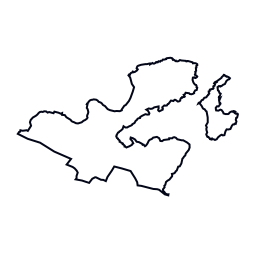 Hahake, Vava'u, Tonga, rotated 268°
{"feature_id": "48082658B99932543232342", "entity_name": "Hahake", "entity_type": "district", "adm_level": 2, "iso_a3": "TON", "parent_name": "Tonga", "parent_adm1": "Vava'u", "projection": "robinson", "projection_center": [-173.925, -18.614], "detail": "fine", "context": "isolated", "style": "outline", "palette": "ink", "viewbox_px": 256, "rotation_deg": 268, "n_neighbors": 0, "source": "geoboundaries", "source_scale": "gbopen_adm2", "svg_char_len": 6033}
<svg xmlns="http://www.w3.org/2000/svg" viewBox="0 0 256 256"><g transform="rotate(268 128 128)"><path d="M60.3,166.1L60.3,164.9L61.2,163.1L63.1,161.9L63.5,161.0L65.5,160.8L67.5,162.5L69.0,162.3L69.9,163.3L72.7,164.1L74.0,165.7L75.0,167.6L78.2,170.4L79.5,170.5L80.6,170.3L80.9,172.1L81.9,173.6L82.9,174.0L83.9,175.3L87.6,176.8L87.9,178.4L90.7,180.1L95.4,181.3L96.5,182.4L97.4,182.9L98.6,184.3L100.4,184.8L103.9,187.9L106.3,188.9L109.4,188.9L111.5,186.5L113.8,182.7L113.8,181.4L115.0,176.9L116.5,175.6L117.2,174.0L117.0,172.8L116.2,171.9L116.3,168.8L115.3,168.7L114.8,163.3L113.7,161.6L113.9,159.9L116.7,158.8L118.1,156.6L117.5,152.8L116.2,151.4L115.4,149.2L114.3,148.2L111.8,146.9L109.9,145.4L109.2,144.3L110.9,143.0L110.7,142.0L111.7,141.5L113.5,138.4L114.0,136.1L116.2,134.7L117.6,132.6L118.4,130.4L116.9,130.0L114.9,131.7L112.4,132.7L111.8,131.7L111.0,131.3L109.7,128.8L108.6,125.7L109.3,124.9L109.6,123.9L110.4,124.1L111.4,123.1L112.0,122.1L112.7,122.3L114.6,119.1L115.5,119.3L116.0,119.0L117.1,117.7L117.8,117.6L118.4,116.6L120.0,116.0L120.6,116.4L121.1,116.2L123.8,117.9L124.1,118.8L124.9,119.3L125.4,120.4L127.1,122.5L129.9,123.6L128.6,125.4L128.6,127.3L129.3,128.5L130.7,131.9L131.6,132.4L132.8,134.7L134.9,135.9L135.7,137.1L136.9,137.9L137.3,138.8L137.6,140.4L138.5,140.5L139.7,142.5L141.2,145.9L140.7,147.7L140.8,149.4L142.0,149.9L144.6,148.5L145.7,147.0L146.8,149.4L146.3,151.5L146.6,153.2L147.7,154.9L148.5,159.3L146.5,159.3L144.9,158.7L144.1,159.2L143.6,159.9L145.1,163.3L146.1,163.5L146.8,163.0L147.5,163.0L149.3,165.1L149.0,166.5L149.2,167.7L150.5,168.5L150.6,169.2L153.9,171.9L153.4,174.3L153.7,174.4L154.6,175.8L154.4,176.5L152.7,178.7L152.8,179.8L153.5,181.1L154.8,181.3L156.0,181.9L156.3,183.1L156.9,183.1L157.1,185.4L157.4,185.8L159.2,184.8L159.7,186.0L161.2,186.8L160.6,190.3L159.8,191.0L159.5,192.6L160.0,194.4L160.5,195.3L161.3,195.2L163.2,196.4L163.6,198.0L165.8,198.6L166.3,197.9L167.4,198.1L168.6,197.6L168.8,196.8L170.1,195.6L171.4,194.9L173.8,194.2L176.1,194.6L176.3,195.9L175.7,196.6L175.6,197.3L176.4,198.6L177.0,199.0L178.1,198.1L178.3,197.1L179.1,196.7L180.7,197.5L181.7,197.1L182.8,198.1L185.6,197.9L186.0,198.5L187.6,198.4L188.4,199.5L189.4,199.4L190.2,198.2L190.5,197.0L190.4,195.1L191.4,194.8L192.9,190.2L192.9,189.5L192.5,189.1L192.6,188.4L193.1,188.0L193.6,183.8L194.1,182.2L193.2,181.0L192.9,180.0L193.1,178.2L193.6,178.1L193.5,177.6L193.8,177.0L194.4,176.5L194.7,175.8L194.5,175.3L195.1,174.9L195.6,175.1L196.3,174.4L196.7,172.8L196.4,169.3L196.0,168.5L195.5,168.5L195.1,166.5L195.2,165.3L194.1,164.4L194.0,162.9L193.2,162.4L193.6,160.9L192.6,160.1L192.5,158.8L192.9,158.8L192.8,158.2L192.0,157.6L191.4,156.2L191.6,155.3L192.1,154.8L190.9,152.4L191.7,152.5L191.7,151.6L191.2,149.5L191.2,147.4L190.7,143.3L189.9,140.5L189.4,139.6L188.4,139.0L187.2,138.7L186.3,139.8L185.2,139.0L183.8,136.8L183.5,135.4L184.2,134.8L183.2,133.9L182.9,132.9L182.1,132.1L181.3,131.9L181.5,131.0L180.6,130.3L178.5,131.9L171.9,133.4L168.6,135.5L164.1,134.0L157.9,131.5L155.0,129.9L151.0,126.5L150.4,125.1L146.6,122.3L145.9,122.4L145.1,120.4L145.4,117.2L145.2,115.1L146.5,110.5L147.6,108.3L150.7,105.8L151.9,103.8L153.5,102.7L154.4,101.6L155.2,99.6L156.5,98.6L157.4,97.2L157.8,94.7L157.5,93.6L157.4,92.3L157.0,91.1L155.6,89.5L154.7,89.2L153.9,88.0L153.1,87.6L152.8,88.3L149.5,87.5L148.3,88.3L145.3,88.9L143.8,88.5L142.2,87.7L141.1,87.5L139.7,87.9L138.6,87.1L137.4,85.3L136.8,83.8L135.3,81.9L134.3,78.2L134.6,76.2L135.8,74.0L136.3,72.6L137.0,71.7L138.2,70.9L140.9,66.8L143.1,65.3L143.4,62.6L145.2,62.7L144.6,61.4L145.7,59.1L146.9,55.0L145.4,54.1L146.7,49.7L146.2,48.2L147.4,46.8L147.6,44.8L147.0,43.4L147.3,41.9L147.0,40.4L146.1,39.2L144.6,37.9L143.4,36.3L141.8,33.3L139.5,31.1L137.2,30.2L133.6,31.2L128.6,27.8L129.3,26.6L128.9,22.6L129.5,20.4L128.1,20.1L127.9,19.1L126.0,17.7L120.7,27.4L116.4,39.6L107.0,53.5L99.1,70.0L93.6,65.4L91.0,71.3L89.5,73.3L87.2,75.2L85.2,76.2L81.8,74.9L79.6,74.8L78.5,73.9L77.1,80.2L74.5,87.2L78.5,90.5L79.9,93.4L79.8,94.3L77.2,99.2L77.0,101.5L75.7,104.0L79.8,105.8L86.2,110.5L90.0,112.9L87.8,120.4L84.9,129.1L77.5,133.4L73.5,135.3L70.3,135.6L69.7,139.3L66.2,151.2L65.8,155.0L65.2,156.9L60.4,162.5L59.3,165.9L60.3,166.1ZM168.6,216.5L167.1,215.9L166.9,214.9L166.1,214.6L164.8,214.9L164.1,214.3L164.0,212.9L163.5,212.1L163.7,211.7L163.5,211.1L161.9,210.8L161.7,209.9L160.5,210.0L159.5,210.4L158.6,209.3L158.3,209.4L156.8,207.8L156.1,207.5L155.8,206.9L155.6,205.5L155.0,204.8L153.7,204.1L153.2,202.6L151.1,201.2L151.1,200.3L150.5,199.4L150.1,199.2L150.4,199.8L149.8,200.7L147.6,202.3L145.1,203.5L144.5,204.1L144.1,205.2L142.2,206.5L141.8,207.1L135.9,208.0L130.8,207.9L127.8,206.0L125.9,206.8L124.8,206.3L123.3,206.3L120.8,207.0L119.0,206.0L117.7,206.4L116.3,207.1L116.3,208.1L115.5,208.5L114.7,209.3L114.4,210.4L114.5,211.1L114.2,211.0L114.1,210.3L114.4,209.8L114.0,209.7L113.5,211.2L113.9,212.3L113.7,213.4L113.0,214.5L113.7,216.3L115.5,217.6L117.5,220.2L118.0,221.5L117.3,222.5L117.5,224.1L121.3,225.3L123.2,226.5L123.0,228.2L123.4,230.3L126.8,232.0L128.0,233.3L127.9,234.4L128.7,235.1L128.4,235.8L130.8,236.6L132.4,236.0L134.4,236.5L134.6,237.4L137.7,238.3L138.4,238.1L138.8,237.2L138.4,236.5L139.2,235.2L139.9,234.6L140.6,235.7L141.0,235.2L141.3,233.8L140.6,233.1L140.9,232.0L139.9,230.0L139.0,229.5L138.4,228.5L138.5,225.9L139.2,224.0L140.7,223.5L142.7,222.1L143.1,220.9L142.2,219.0L142.5,216.7L143.4,216.5L145.1,216.4L146.6,217.7L146.4,219.3L149.0,221.3L149.7,221.1L149.7,220.4L153.0,219.9L153.5,220.3L153.2,220.6L154.5,221.2L154.1,220.6L154.6,220.0L155.1,219.8L156.1,220.0L156.7,220.8L159.1,221.8L159.9,220.6L161.9,220.0L162.4,219.2L165.7,218.9L166.3,220.0L166.6,220.1L166.5,220.9L166.7,221.1L166.7,221.8L166.3,222.0L166.9,223.3L167.8,224.4L168.6,226.4L171.7,228.1L173.0,229.9L173.2,230.9L174.2,231.6L175.2,230.5L176.2,228.5L175.9,228.3L176.7,226.9L177.3,226.6L177.4,226.1L177.7,226.0L177.8,225.6L176.9,225.0L175.5,223.4L174.8,223.1L171.4,218.1L170.8,218.4L170.4,217.7L171.0,216.9L170.4,216.1L169.6,215.6L169.3,216.1L168.6,216.5Z" fill="none" stroke="#020617" stroke-width="2"/></g></svg>